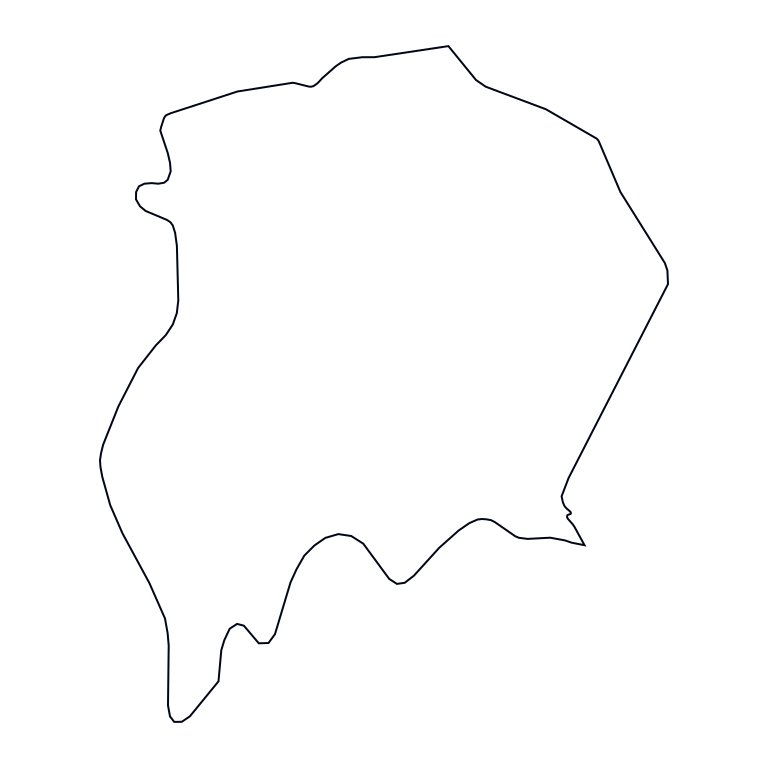 SVG path tracing the border of Gezira
{"feature_id": "SDN-875", "entity_name": "Gezira", "entity_type": "State", "adm_level": 1, "iso_a3": "SDN", "parent_name": "Sudan", "parent_adm1": "", "projection": "robinson", "projection_center": [33.161, 14.479], "detail": "fine", "context": "isolated", "style": "outline", "palette": "ink", "viewbox_px": 768, "rotation_deg": 0, "n_neighbors": 0, "source": "natural_earth", "source_scale": "10m", "svg_char_len": 1597}
<svg xmlns="http://www.w3.org/2000/svg" viewBox="0 0 768 768"><path d="M311.1,86.7L313.5,86.1L316.7,83.9L318.5,82.3L322.1,78.3L335.6,66.4L340.9,62.7L348.7,58.9L362.4,57.2L374.3,57.2L448.4,46.1L476.0,80.0L485.7,86.7L546.0,109.3L596.8,138.7L597.9,139.9L598.8,141.3L620.4,192.0L664.9,263.1L667.4,270.5L668.0,284.1L568.6,478.0L561.6,496.3L562.9,502.4L564.6,506.2L566.9,508.8L568.8,510.3L570.6,512.1L570.9,513.2L570.5,514.0L568.0,514.8L567.3,515.4L567.0,516.9L567.8,518.7L572.9,524.5L574.5,526.9L584.5,545.2L571.7,542.7L565.0,540.4L550.2,537.7L527.6,538.9L518.9,537.8L515.2,536.2L494.7,522.0L490.8,520.1L486.2,519.3L482.0,519.0L477.6,519.5L469.4,523.1L458.8,530.4L439.2,547.8L413.9,575.7L404.7,582.8L396.9,583.9L389.2,578.9L363.3,543.7L351.2,536.0L338.3,534.1L325.3,537.9L314.4,545.5L304.3,555.6L296.5,569.3L290.5,582.5L275.0,634.1L268.5,643.0L258.8,643.3L243.9,625.7L237.1,623.9L229.7,628.7L224.3,640.2L221.3,650.2L218.5,681.3L190.0,716.2L181.8,721.8L174.2,721.9L170.0,716.4L168.0,705.5L168.7,645.4L167.6,633.0L165.0,618.5L149.4,583.1L122.4,533.2L110.2,505.1L102.3,476.9L100.5,467.2L100.0,460.3L101.0,453.4L103.1,444.8L118.4,406.4L138.1,368.0L155.9,345.3L165.8,335.1L172.8,324.5L176.8,313.2L178.3,300.5L176.9,245.9L175.1,232.8L172.8,225.5L170.5,222.3L167.1,220.0L145.7,211.0L140.0,206.3L136.0,199.4L136.1,192.0L139.0,186.3L144.4,183.7L151.7,183.1L158.4,183.7L164.2,182.7L167.7,179.8L170.7,171.3L170.0,162.8L167.8,153.2L160.3,130.7L161.1,127.1L163.9,118.4L164.9,116.6L166.2,115.2L170.8,113.2L237.4,91.5L292.4,82.8L294.5,83.0L309.0,86.6L311.1,86.7Z" fill="none" stroke="#020617" stroke-width="2"/></svg>